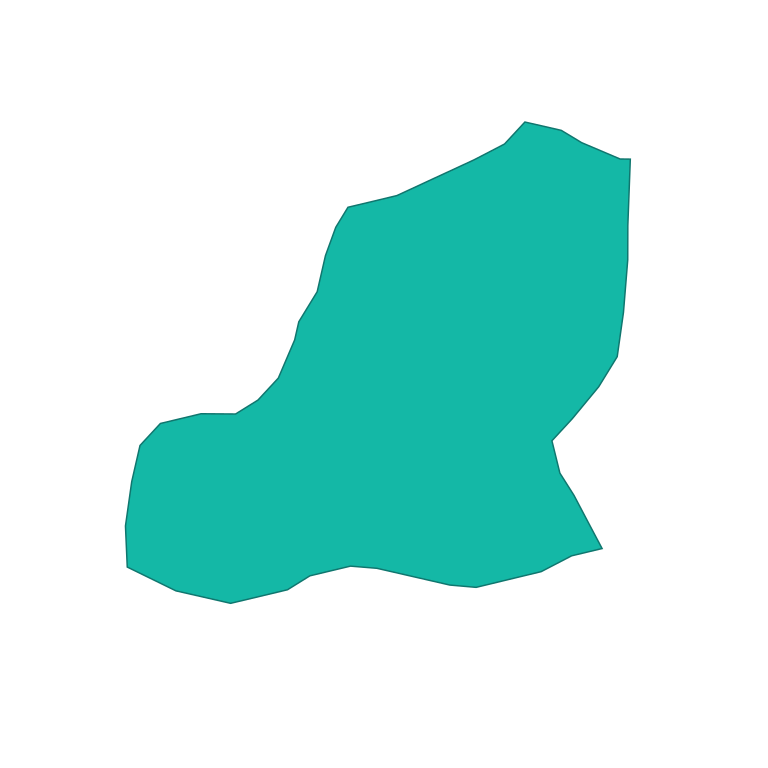 Songhwa, Hwanghae-namdo, North Korea, rotated 256°
{"feature_id": "82179303B30689671895320", "entity_name": "Songhwa", "entity_type": "district", "adm_level": 2, "iso_a3": "PRK", "parent_name": "North Korea", "parent_adm1": "Hwanghae-namdo", "projection": "robinson", "projection_center": [125.113, 38.357], "detail": "fine", "context": "isolated", "style": "filled", "palette": "teal", "viewbox_px": 768, "rotation_deg": 256, "n_neighbors": 0, "source": "geoboundaries", "source_scale": "gbopen_adm2", "svg_char_len": 757}
<svg xmlns="http://www.w3.org/2000/svg" viewBox="0 0 768 768"><g transform="rotate(256 384 384)"><path d="M542.6,677.4L545.2,667.5L570.4,634.1L587.2,617.4L604.1,584.1L587.7,559.0L579.7,525.5L571.7,483.7L563.7,442.0L564.1,400.2L564.2,391.8L547.7,375.1L522.8,358.3L489.7,341.5L465.0,316.4L448.4,308.0L415.3,282.9L398.9,257.8L390.8,232.7L399.4,199.3L399.8,157.5L383.4,132.4L350.3,115.6L308.8,98.8L268.5,90.6L233.6,132.1L208.3,182.1L207.7,240.6L215.8,265.7L215.4,307.4L206.9,332.5L181.5,382.5L173.0,399.2L164.4,424.2L164.1,466.0L163.9,491.1L171.9,524.5L171.6,555.8L196.6,549.6L230.0,541.4L255.0,533.1L288.3,533.2L304.7,558.2L329.4,591.7L354.1,616.9L395.6,633.7L445.4,650.5L478.7,658.9L542.6,677.4Z" fill="#14b8a6" stroke="#0f766e" stroke-width="1.5"/></g></svg>